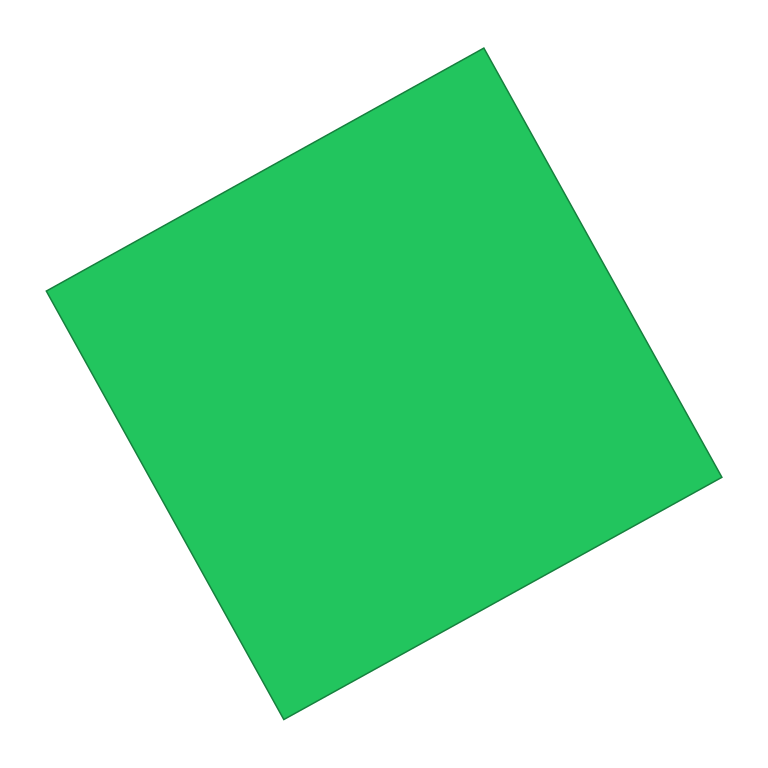 Shackelford, Texas, United States of America, rotated 241°
{"feature_id": "52423323B36829987013590", "entity_name": "Shackelford", "entity_type": "district", "adm_level": 2, "iso_a3": "USA", "parent_name": "United States of America", "parent_adm1": "Texas", "projection": "robinson", "projection_center": [-99.339, 32.736], "detail": "fine", "context": "isolated", "style": "filled", "palette": "green", "viewbox_px": 768, "rotation_deg": 241, "n_neighbors": 0, "source": "geoboundaries", "source_scale": "gbopen_adm2", "svg_char_len": 267}
<svg xmlns="http://www.w3.org/2000/svg" viewBox="0 0 768 768"><g transform="rotate(241 384 384)"><path d="M139.1,133.7L138.6,634.3L612.0,634.2L629.4,634.2L629.3,416.0L629.0,133.7L272.7,133.7L139.1,133.7Z" fill="#22c55e" stroke="#15803d" stroke-width="1.5"/></g></svg>